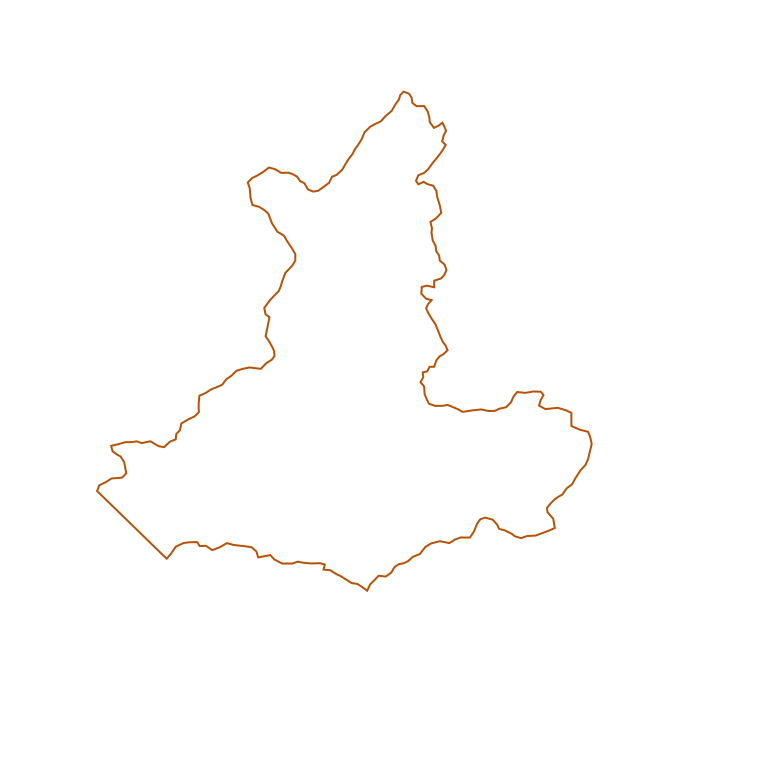 Aurilândia, Goiás, Brazil (Mercator projection), rotated 31°
{"feature_id": "56859067B84953153729740", "entity_name": "Aurilândia", "entity_type": "district", "adm_level": 2, "iso_a3": "BRA", "parent_name": "Brazil", "parent_adm1": "Goiás", "projection": "mercator", "projection_center": [-50.529, -16.677], "detail": "fine", "context": "isolated", "style": "outline", "palette": "amber", "viewbox_px": 768, "rotation_deg": 31, "n_neighbors": 0, "source": "geoboundaries", "source_scale": "gbopen_adm2", "svg_char_len": 3729}
<svg xmlns="http://www.w3.org/2000/svg" viewBox="0 0 768 768"><g transform="rotate(31 384 384)"><path d="M313.8,147.3L309.0,146.1L307.1,140.3L306.8,135.0L303.1,132.2L299.5,130.0L297.8,134.3L294.9,138.7L288.4,136.0L285.6,132.2L281.1,127.9L275.3,125.1L268.7,129.1L263.4,128.4L260.2,124.3L255.8,122.3L250.3,123.3L249.1,127.9L250.3,132.6L249.8,137.9L249.9,146.1L247.3,153.5L246.0,160.5L242.3,166.0L239.7,170.5L237.7,178.2L238.8,185.9L238.6,193.1L238.1,198.3L238.6,203.0L237.8,209.5L237.7,215.3L237.8,222.0L235.6,229.3L232.7,233.2L233.3,239.9L230.6,246.4L228.0,252.4L224.2,255.5L218.7,256.4L212.3,252.9L207.6,253.3L202.6,251.0L197.3,251.2L193.1,252.2L187.1,256.0L179.8,256.0L173.9,257.7L171.3,264.3L167.9,270.8L165.0,275.1L163.4,281.4L168.1,285.4L173.9,293.4L179.0,298.3L185.8,296.4L193.0,296.7L197.1,297.6L205.4,304.1L214.3,308.4L221.8,308.4L228.1,311.8L235.9,315.4L241.2,318.5L244.4,324.0L244.4,330.0L242.2,339.7L243.8,348.2L245.1,353.0L245.9,358.5L244.5,364.3L243.0,371.4L242.2,380.5L246.6,385.3L251.4,385.7L254.2,393.4L257.9,404.0L263.7,406.7L269.3,409.9L272.8,412.4L275.8,416.5L275.3,421.0L272.4,426.7L270.6,434.4L266.1,436.5L260.2,439.1L254.9,444.0L250.8,448.6L248.8,456.0L246.4,461.0L245.7,468.0L243.2,471.5L238.4,478.0L235.9,483.3L231.8,489.1L235.0,495.8L237.2,499.6L239.8,503.5L238.2,509.6L234.7,514.7L230.6,522.3L232.9,528.6L231.7,533.9L234.0,538.7L230.2,543.7L228.0,551.4L222.8,553.4L213.3,553.4L206.7,559.5L201.6,560.5L198.0,563.5L192.1,567.2L186.5,573.2L182.0,577.5L185.9,581.4L190.9,582.0L195.5,581.8L201.4,584.7L209.0,593.1L207.8,599.1L203.1,602.5L199.1,605.3L195.9,611.7L192.1,617.5L193.2,623.5L287.7,645.7L288.8,639.1L289.3,630.7L294.1,623.5L299.0,619.7L305.2,615.8L309.5,617.8L314.7,614.4L322.3,614.9L327.4,608.4L331.3,601.3L338.3,599.3L347.2,595.2L354.5,592.1L360.9,593.3L365.5,597.4L374.7,589.2L380.5,590.9L389.3,590.3L393.7,587.6L397.9,585.1L401.7,580.6L406.6,578.9L413.9,575.4L421.7,570.4L426.3,569.3L427.7,574.2L433.9,571.3L440.6,571.5L446.5,571.0L458.9,571.3L464.0,569.1L470.4,569.3L476.1,569.8L475.3,563.2L478.2,551.1L484.6,548.2L487.4,541.8L487.3,535.6L489.5,530.8L493.3,527.4L495.9,523.4L497.7,517.3L502.3,511.3L503.4,502.2L506.6,496.3L512.8,490.0L522.0,486.7L525.0,480.7L528.7,476.1L536.7,471.4L537.1,464.2L535.8,456.0L536.2,450.3L539.6,446.4L547.1,444.3L553.2,446.2L557.3,448.9L563.2,447.2L570.7,446.6L574.9,447.1L580.9,445.5L585.0,440.6L592.3,435.6L596.2,430.6L601.0,424.6L604.6,419.4L598.5,412.4L590.2,409.7L587.5,406.2L588.5,399.7L589.7,394.9L591.6,390.8L593.9,386.7L594.3,379.3L596.9,373.1L596.6,366.0L596.9,356.6L598.4,349.6L597.6,343.1L595.9,338.1L594.3,332.6L592.8,328.3L587.8,323.0L583.5,319.9L575.0,322.4L566.3,323.5L559.4,312.2L553.2,312.9L545.2,314.9L535.3,322.4L528.0,322.6L526.6,317.1L526.4,311.3L522.3,309.9L515.9,313.5L509.6,318.9L502.3,322.3L501.5,328.3L502.3,334.2L500.6,341.0L495.6,345.8L492.9,349.9L487.8,353.2L480.3,355.8L472.7,361.6L465.8,367.4L459.9,367.6L454.8,368.3L449.2,369.2L445.8,372.3L439.2,376.4L432.8,377.8L428.8,375.3L424.0,371.7L419.6,365.4L414.4,363.7L414.2,358.0L411.2,354.1L414.6,350.8L414.2,345.8L418.1,343.4L416.7,336.7L417.4,331.7L419.5,327.9L421.1,322.3L417.1,319.4L413.0,317.7L408.2,314.6L403.6,311.0L397.2,306.2L390.8,303.3L385.3,300.3L381.1,297.4L380.6,292.8L381.6,287.6L376.1,289.2L369.5,287.4L366.4,281.3L370.3,277.5L377.2,275.2L373.8,269.6L378.6,264.1L379.5,259.4L378.8,254.1L374.5,250.5L368.2,249.5L365.1,245.5L360.5,243.3L357.0,239.0L351.9,235.9L346.8,229.9L344.9,225.8L340.3,221.2L343.3,215.3L344.9,207.9L340.5,202.8L336.6,199.2L332.7,195.8L329.7,191.7L324.2,188.7L318.1,190.3L313.8,190.3L310.7,195.1L306.8,193.4L305.9,187.5L309.6,182.5L311.3,177.0L311.8,170.0L313.1,161.3L313.8,154.4L313.8,147.3Z" fill="none" stroke="#b45309" stroke-width="2"/></g></svg>